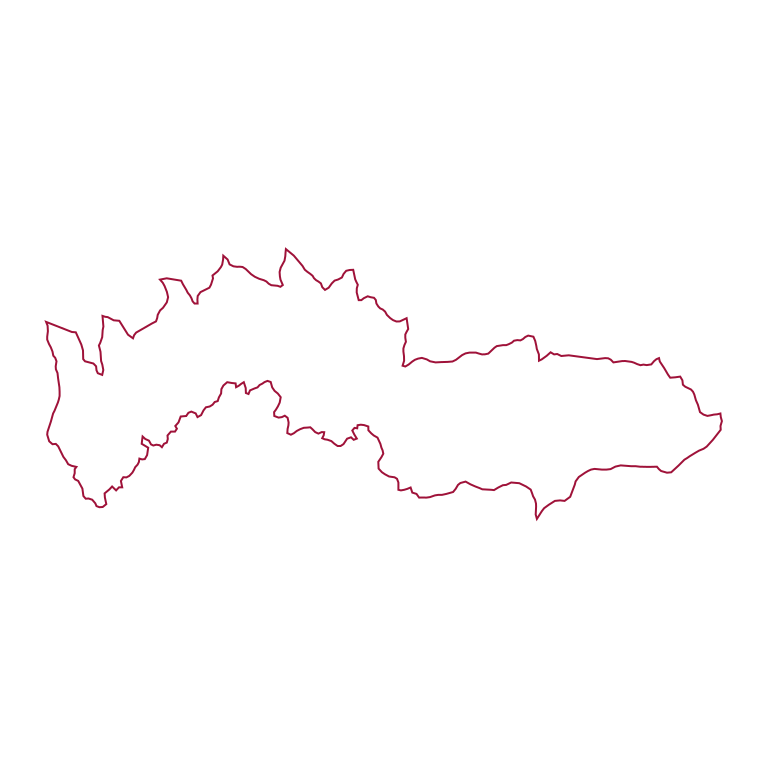 outline of Santo Afonso, Mato Grosso, Brazil
{"feature_id": "56859067B75409750219852", "entity_name": "Santo Afonso", "entity_type": "district", "adm_level": 2, "iso_a3": "BRA", "parent_name": "Brazil", "parent_adm1": "Mato Grosso", "projection": "natural_earth1", "projection_center": [-57.378, -14.443], "detail": "fine", "context": "isolated", "style": "outline", "palette": "rose", "viewbox_px": 768, "rotation_deg": 0, "n_neighbors": 0, "source": "geoboundaries", "source_scale": "gbopen_adm2", "svg_char_len": 6069}
<svg xmlns="http://www.w3.org/2000/svg" viewBox="0 0 768 768"><path d="M680.2,376.6L675.3,377.3L670.2,377.7L668.0,374.6L664.2,368.1L659.8,361.5L659.0,358.1L656.4,359.2L654.1,361.1L651.3,364.4L646.7,365.1L643.4,364.6L640.5,365.2L637.2,364.1L634.1,362.7L631.6,361.9L625.1,361.0L622.0,361.1L613.4,362.4L610.8,359.7L608.2,358.3L605.2,358.1L597.0,359.1L568.7,355.3L561.3,356.0L557.2,354.0L554.1,354.4L550.6,352.3L546.7,355.8L541.7,359.4L539.0,360.7L538.9,354.4L536.8,348.9L536.3,345.8L535.2,340.9L533.4,336.7L528.2,335.6L525.3,337.0L522.9,339.1L520.4,340.4L517.3,340.1L514.0,340.7L511.9,342.6L508.7,344.2L506.3,345.1L503.2,345.1L496.8,346.1L494.5,347.7L488.3,353.6L485.0,354.3L482.0,354.4L478.7,353.5L475.9,352.6L469.5,352.6L465.5,353.4L462.1,355.1L456.0,359.8L452.5,361.5L447.6,361.9L441.1,362.1L435.6,362.4L430.1,361.3L426.8,359.4L421.9,357.9L418.1,358.6L414.9,359.8L412.2,361.6L408.7,364.5L405.3,366.5L402.6,365.7L404.1,360.8L404.0,356.2L403.4,351.5L403.4,348.5L404.4,345.1L405.9,341.8L405.3,337.8L405.3,334.5L406.5,332.0L408.2,329.0L406.6,318.2L399.8,321.4L396.4,321.5L393.0,320.1L390.2,318.1L386.9,314.9L385.1,311.6L382.7,309.5L380.2,308.4L378.3,306.5L376.4,303.5L375.8,300.0L374.0,297.8L370.6,297.2L367.7,296.3L363.8,298.2L361.4,300.1L358.7,300.1L356.7,292.4L356.8,288.3L357.8,284.8L356.4,282.0L355.2,279.3L353.2,269.8L349.6,270.0L346.2,270.8L343.6,273.9L341.9,277.5L338.1,279.5L334.6,280.6L331.8,283.4L328.7,287.7L325.0,289.9L322.3,287.2L320.9,283.4L318.5,281.6L316.0,280.1L314.0,278.2L312.6,275.8L310.3,273.9L307.2,271.7L304.8,269.7L302.5,265.9L293.8,255.6L285.9,249.1L285.5,253.1L285.3,256.2L284.5,260.7L280.7,267.7L279.6,272.0L279.9,276.3L280.5,279.7L282.8,285.0L280.4,286.8L277.6,285.8L271.3,285.2L268.7,283.7L266.4,281.5L263.8,280.2L259.2,278.8L254.9,276.8L251.1,274.2L245.7,269.0L242.6,267.0L239.8,266.7L237.0,266.8L233.4,266.3L229.6,264.4L227.6,259.5L223.3,255.7L223.1,259.5L222.2,264.6L220.9,267.1L217.7,271.3L212.5,275.5L213.0,278.4L211.0,284.7L209.4,287.7L200.5,292.1L197.7,296.0L197.4,299.6L197.6,303.5L194.5,303.5L192.6,301.3L191.5,298.3L189.9,295.4L187.7,292.7L186.3,289.9L182.9,284.2L181.2,280.7L166.7,278.3L160.0,279.6L162.8,282.8L164.6,286.1L166.9,291.9L168.1,297.2L166.8,302.4L163.0,307.8L160.1,310.4L157.7,314.9L157.2,318.0L156.0,321.4L151.9,323.5L136.1,332.6L134.1,335.2L133.0,338.3L128.0,334.7L119.3,320.8L113.7,320.3L107.7,317.1L105.2,316.8L102.5,315.9L103.4,326.6L102.7,329.9L102.2,337.2L100.2,342.9L98.9,345.5L100.5,351.8L101.1,361.0L102.3,364.6L103.3,370.0L102.2,374.9L97.8,373.2L96.5,370.3L96.1,366.3L93.4,363.5L85.0,361.3L83.2,359.1L83.0,350.4L81.3,344.5L75.8,332.3L71.9,332.0L46.1,321.9L47.6,325.7L47.9,331.2L47.2,336.7L47.2,339.6L49.0,344.0L50.8,347.3L52.5,351.6L53.3,355.7L55.2,357.8L56.5,361.3L55.7,366.3L55.9,369.3L57.5,373.0L58.1,378.4L59.4,387.2L59.6,391.7L59.6,396.0L58.8,399.6L57.9,402.5L54.5,410.8L53.1,413.5L50.9,421.5L47.5,431.8L47.2,434.7L49.2,441.3L52.5,444.2L55.8,443.9L58.2,446.3L63.4,456.9L65.9,460.2L68.2,464.2L71.6,465.8L76.4,466.9L74.7,469.2L74.7,473.2L73.5,477.2L75.1,479.4L78.2,480.9L82.4,488.6L83.4,496.0L85.7,498.7L88.5,498.5L92.2,499.7L95.3,503.3L96.5,506.1L99.4,507.2L102.7,507.0L106.3,504.1L104.9,497.5L104.6,493.4L109.4,489.4L112.1,486.5L116.1,490.4L119.0,487.3L122.2,487.3L120.9,481.0L123.3,477.2L126.4,477.4L129.3,475.9L132.4,472.6L134.0,469.8L135.2,467.2L137.6,464.6L138.9,462.0L139.4,458.6L142.1,459.4L144.8,459.1L147.1,455.1L148.2,447.7L141.7,443.8L142.1,440.3L142.6,436.5L145.3,439.0L149.0,440.7L151.0,444.4L153.3,445.5L156.3,444.7L159.6,445.2L161.9,447.2L164.0,443.8L166.8,442.6L167.8,439.0L167.5,435.5L170.9,431.6L175.0,431.6L176.9,428.7L175.3,426.0L178.5,422.4L180.7,416.5L186.2,416.0L188.4,412.8L191.3,411.6L195.7,413.4L197.5,417.1L201.1,415.1L203.5,410.4L205.9,407.3L209.7,406.5L212.6,404.7L214.7,402.0L217.7,401.1L218.9,397.4L221.1,393.5L221.4,389.1L223.4,385.5L227.2,382.2L231.8,383.0L235.6,383.4L236.1,387.2L238.7,385.8L241.1,383.9L243.8,382.2L245.7,388.0L245.9,393.0L248.5,394.0L250.0,390.4L254.4,388.5L257.5,387.4L259.6,385.0L262.4,383.6L264.5,382.1L267.5,380.9L270.7,382.0L272.2,387.4L274.6,390.9L277.8,393.5L280.7,397.2L279.7,402.6L277.9,406.4L275.9,409.7L274.1,412.1L274.3,416.0L278.6,417.6L281.9,417.1L284.8,415.7L287.6,417.8L288.6,422.5L288.4,425.4L287.6,428.9L287.3,433.1L290.9,434.7L293.9,433.2L296.7,431.0L300.1,429.2L303.8,427.8L307.2,427.6L310.3,427.3L312.4,429.2L315.2,432.1L318.4,433.6L321.7,432.1L324.2,432.2L323.7,435.3L322.2,438.2L324.7,439.3L327.4,439.7L331.4,441.1L334.3,443.7L337.6,446.0L340.6,446.0L343.5,444.1L347.1,438.7L351.0,437.3L353.7,439.8L356.8,438.6L354.3,434.5L352.3,430.5L354.5,427.9L357.2,428.3L357.6,425.2L360.8,424.7L364.1,425.1L368.3,426.5L368.4,430.3L371.3,433.4L373.8,435.5L377.5,437.6L380.4,443.9L381.4,447.6L382.6,450.4L383.3,453.7L381.4,457.2L378.3,461.8L378.6,468.6L381.9,472.2L385.0,474.3L389.1,476.5L394.6,477.3L397.0,478.8L398.4,482.5L398.4,489.8L400.9,490.4L404.2,489.8L407.2,488.9L410.6,487.5L412.3,492.6L416.5,493.9L419.1,497.6L422.5,497.5L426.4,497.6L430.0,497.1L434.9,495.4L438.0,494.9L441.8,494.9L446.4,493.9L453.1,492.0L455.7,488.8L458.0,484.9L460.4,483.0L465.6,481.6L470.4,484.3L475.4,486.5L479.6,488.1L482.3,489.3L491.4,489.8L494.0,490.1L498.3,487.5L502.9,485.2L506.2,484.9L511.2,482.5L519.3,483.2L526.1,486.5L530.7,489.6L532.1,493.3L533.1,496.3L535.0,499.6L536.0,503.6L536.1,506.6L535.7,514.5L536.9,518.9L541.8,511.2L544.1,508.2L548.9,504.7L554.9,500.9L560.1,500.4L564.6,500.9L570.2,496.8L574.8,484.6L575.6,481.4L578.8,477.0L585.1,472.7L588.0,471.0L591.0,469.6L594.5,468.9L602.0,469.6L606.4,469.6L610.6,469.1L615.4,466.6L620.7,465.4L631.2,466.2L635.6,466.2L639.9,466.7L648.8,466.9L656.9,466.7L659.0,469.2L661.1,471.0L667.0,472.7L671.2,472.3L678.5,465.6L684.4,459.7L687.2,458.0L689.6,456.3L695.3,452.8L699.1,450.6L703.5,448.8L706.7,446.6L712.9,439.8L720.7,429.8L720.5,426.0L721.9,421.1L720.8,417.1L720.4,413.5L717.2,414.3L713.8,414.6L711.2,415.2L707.4,415.9L703.5,414.6L700.0,412.1L697.9,404.7L695.9,400.2L694.3,394.5L693.0,391.7L691.0,389.5L685.2,386.7L682.9,384.7L682.4,380.3L680.2,376.6Z" fill="none" stroke="#9f1239" stroke-width="2"/></svg>